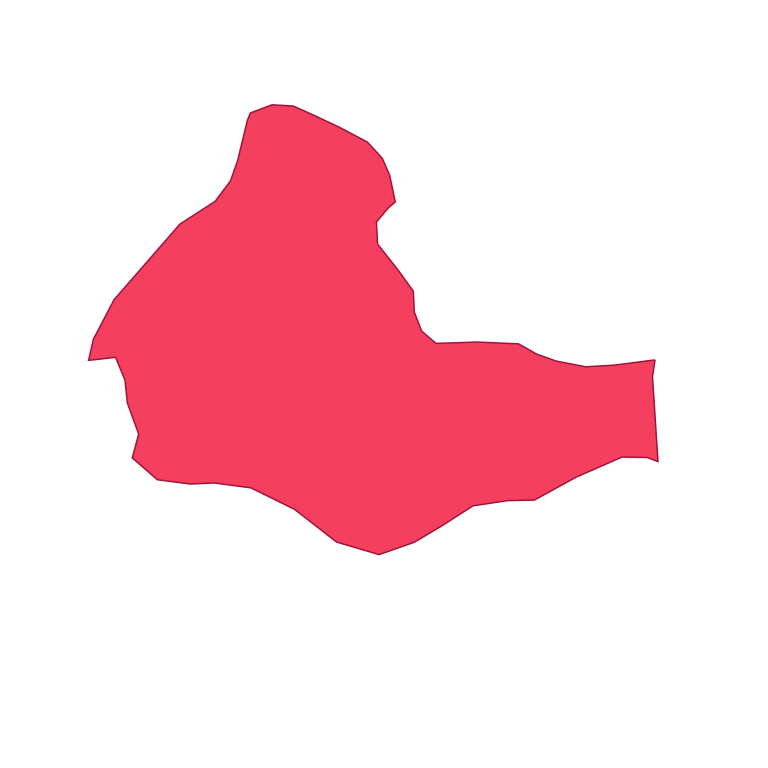 the District of Manatuto, rotated 301°
{"feature_id": "TLS-550", "entity_name": "Manatuto", "entity_type": "District", "adm_level": 1, "iso_a3": "TLS", "parent_name": "East Timor", "parent_adm1": "", "projection": "albers", "projection_center": [126.0, -8.769], "detail": "fine", "context": "isolated", "style": "filled", "palette": "rose", "viewbox_px": 768, "rotation_deg": 301, "n_neighbors": 0, "source": "natural_earth", "source_scale": "10m", "svg_char_len": 855}
<svg xmlns="http://www.w3.org/2000/svg" viewBox="0 0 768 768"><g transform="rotate(301 384 384)"><path d="M543.8,604.1L528.7,610.3L458.6,658.8L456.5,647.4L444.0,625.7L403.5,596.9L362.0,572.7L347.4,549.6L325.4,523.0L292.9,507.0L264.0,491.5L235.2,467.6L224.1,424.9L230.5,371.4L230.2,368.7L226.4,323.3L211.7,289.4L198.5,269.5L185.2,239.0L191.0,206.3L214.8,199.5L235.4,173.9L253.8,160.1L268.6,140.2L252.1,118.6L272.9,111.8L317.3,109.2L415.9,126.7L453.7,145.2L479.0,147.8L499.7,143.6L539.7,131.1L547.6,129.9L565.7,144.3L575.5,163.0L578.2,185.3L581.1,214.1L582.8,245.2L576.6,266.3L565.7,281.5L545.9,299.9L537.6,297.1L518.9,294.1L500.6,306.5L489.2,336.7L478.7,361.3L461.2,373.0L448.7,389.1L445.6,407.7L467.8,442.0L487.7,478.6L488.2,499.1L492.3,519.7L502.6,548.0L518.8,571.7L543.5,602.9L543.8,604.1Z" fill="#f43f5e" stroke="#9f1239" stroke-width="1.5"/></g></svg>